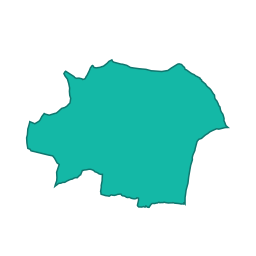 the district of Middle Bush Tanna, Tafea, Vanuatu, rotated 105°
{"feature_id": "77236927B24909731902413", "entity_name": "Middle Bush Tanna", "entity_type": "district", "adm_level": 2, "iso_a3": "VUT", "parent_name": "Vanuatu", "parent_adm1": "Tafea", "projection": "natural_earth1", "projection_center": [169.321, -19.465], "detail": "fine", "context": "isolated", "style": "filled", "palette": "teal", "viewbox_px": 256, "rotation_deg": 105, "n_neighbors": 0, "source": "geoboundaries", "source_scale": "gbopen_adm2", "svg_char_len": 3763}
<svg xmlns="http://www.w3.org/2000/svg" viewBox="0 0 256 256"><g transform="rotate(105 128 128)"><path d="M201.5,97.0L201.2,96.3L200.8,94.3L199.8,92.5L200.0,91.1L199.6,90.7L198.7,90.5L199.0,89.6L199.4,88.9L199.4,87.9L199.2,87.2L198.9,87.0L198.4,87.1L197.5,86.5L196.5,86.3L196.1,86.0L195.2,85.7L194.8,85.3L194.5,84.6L194.0,82.6L193.2,81.3L193.1,81.0L192.8,80.2L191.8,79.1L191.7,78.7L191.9,78.3L191.9,77.8L191.4,76.6L191.2,75.6L190.9,74.7L190.4,74.1L190.3,73.9L190.3,72.4L190.0,69.7L189.3,67.5L188.8,65.6L188.4,65.3L188.5,64.2L188.5,63.3L187.9,60.0L187.6,57.3L187.7,57.1L187.2,55.7L187.1,54.7L186.8,54.4L186.4,54.4L186.0,54.4L185.7,54.6L185.4,54.3L186.7,53.4L186.8,53.2L180.3,54.9L178.2,55.1L173.2,55.8L169.9,55.8L168.1,55.8L165.8,55.8L159.7,56.7L154.6,57.2L147.8,57.8L143.1,57.6L142.0,57.6L139.8,58.3L137.1,58.3L132.4,57.6L130.4,57.8L126.0,57.8L124.4,57.8L123.1,57.8L120.6,56.7L119.9,55.6L119.0,54.3L115.2,51.8L113.9,50.7L112.8,49.6L110.6,48.0L108.8,46.0L107.2,44.0L105.8,42.2L105.6,40.0L103.8,36.7L102.5,34.4L101.6,31.5L100.4,34.0L99.0,35.0L97.6,36.0L96.1,37.2L93.9,37.7L90.8,39.5L89.8,40.3L88.9,41.5L87.6,42.7L86.3,43.5L83.8,44.7L82.9,46.1L81.1,47.3L78.7,49.4L78.0,50.6L76.9,51.8L73.8,53.0L72.9,54.4L71.8,55.6L70.7,56.8L69.5,58.1L68.4,59.9L68.2,60.7L66.9,63.1L65.5,64.5L64.9,65.9L64.4,66.8L63.9,68.0L63.7,68.8L62.8,69.2L62.2,70.2L61.9,71.0L61.3,71.2L60.8,72.8L60.8,73.2L60.4,74.4L60.2,76.1L59.3,78.1L59.2,79.3L59.0,80.5L58.4,82.3L56.8,86.4L56.6,88.0L54.8,89.2L54.3,90.4L52.8,92.7L52.8,95.2L53.4,96.5L59.0,101.8L62.1,104.3L64.7,110.0L66.4,118.9L66.7,120.1L66.7,125.8L67.8,132.2L68.6,138.3L68.9,141.3L67.8,145.4L67.8,148.3L67.8,149.8L68.1,151.4L68.1,152.7L68.1,154.0L68.1,156.2L68.1,159.0L67.5,160.3L66.4,161.2L68.4,163.5L69.0,163.9L70.2,164.5L71.2,165.1L74.8,167.8L74.9,168.2L75.3,168.7L75.6,169.4L76.3,170.2L76.8,171.1L77.2,172.0L77.5,172.9L77.8,173.3L78.1,174.1L78.3,175.8L78.3,176.2L78.3,176.5L77.1,177.7L76.8,178.4L77.5,179.1L77.9,179.2L78.4,179.3L79.4,179.8L82.8,180.2L84.3,180.5L87.3,181.1L87.7,181.1L89.2,181.8L89.6,181.8L90.1,181.8L91.7,182.4L92.9,184.3L92.4,185.2L92.5,188.2L92.9,189.5L93.3,190.3L93.3,191.5L93.2,192.0L92.9,192.7L92.5,193.2L92.2,193.8L89.3,202.9L90.0,203.4L92.1,204.0L94.2,202.1L96.4,199.2L100.3,196.8L104.5,194.7L107.7,194.1L111.6,192.7L114.2,191.0L118.8,190.5L121.3,191.9L122.8,192.7L124.6,194.4L126.2,197.1L128.8,198.8L129.7,199.3L132.2,201.1L132.9,202.5L134.2,204.6L136.0,207.4L136.0,209.2L136.0,211.3L135.7,212.7L139.3,214.2L143.1,215.0L144.6,215.8L148.0,219.1L147.3,224.5L148.1,224.4L152.6,224.4L154.9,224.5L160.7,223.4L163.7,223.4L168.8,221.7L173.6,219.5L173.9,217.0L175.1,215.8L175.1,213.9L174.7,197.8L174.4,193.6L176.1,191.2L180.1,187.4L180.8,185.5L181.0,185.0L189.2,185.5L194.3,183.8L197.5,183.2L200.6,183.5L203.2,183.5L202.5,183.0L200.7,181.5L199.5,180.7L198.7,178.6L197.3,176.8L197.2,176.0L196.8,175.0L196.0,174.2L195.2,173.4L194.0,172.2L194.0,171.9L193.4,171.4L192.4,170.0L192.1,169.3L191.9,168.8L190.0,166.7L189.4,165.5L189.2,164.2L186.1,162.4L185.4,161.6L184.8,161.6L180.8,161.1L180.7,160.5L180.1,159.7L179.9,159.4L179.4,158.0L178.9,156.9L178.0,155.1L177.6,153.6L177.6,152.0L177.9,150.2L178.8,148.7L178.9,147.3L179.1,145.8L179.7,144.5L179.8,143.5L179.8,142.1L179.4,140.7L183.3,139.9L185.8,139.3L190.5,139.0L192.1,138.5L196.6,138.0L197.2,137.5L198.8,137.0L199.0,136.0L199.0,134.5L199.1,133.2L199.1,132.1L198.8,130.0L198.7,128.5L196.9,126.9L196.9,125.4L196.6,123.6L196.2,123.0L195.9,122.3L194.9,121.0L193.8,118.4L193.8,117.4L194.6,116.8L194.9,115.6L194.7,114.3L194.7,113.3L195.0,112.5L195.3,111.5L195.3,110.6L194.9,109.4L194.6,108.4L195.0,106.8L195.0,105.7L194.9,104.2L194.6,102.9L193.8,101.6L193.1,101.3L193.1,99.7L195.2,99.1L200.2,98.9L200.9,98.3L201.5,97.0Z" fill="#14b8a6" stroke="#0f766e" stroke-width="1.5"/></g></svg>